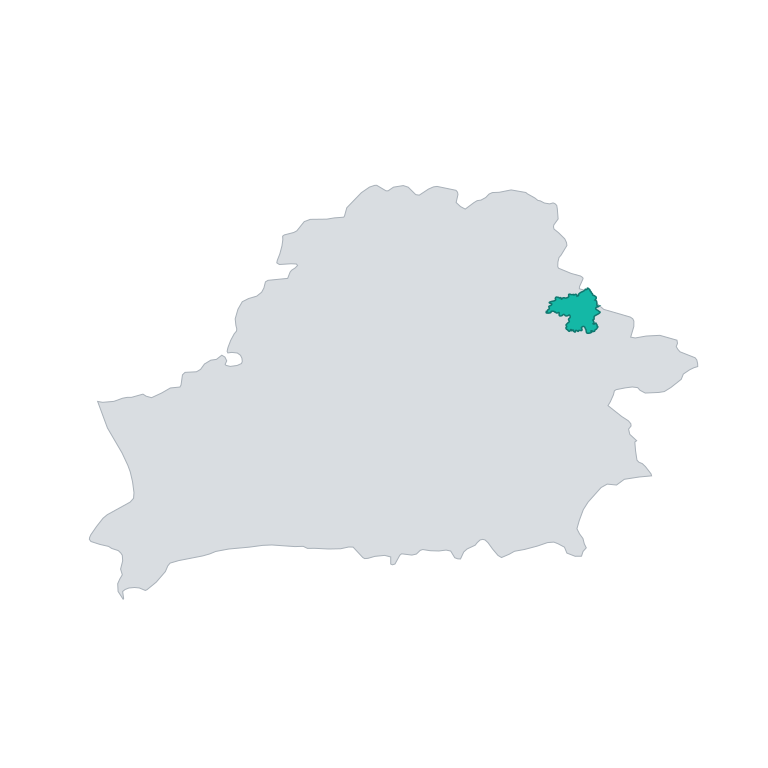 Horki, Mogilev, Belarus (highlighted), rotated 352°
{"feature_id": "67162791B10713618148259", "entity_name": "Horki", "entity_type": "district", "adm_level": 2, "iso_a3": "BLR", "parent_name": "Belarus", "parent_adm1": "Mogilev", "projection": "equal_earth", "projection_center": [30.973, 54.207], "detail": "fine", "context": "in_parent", "style": "filled", "palette": "teal", "viewbox_px": 768, "rotation_deg": 352, "n_neighbors": 0, "source": "geoboundaries", "source_scale": "gbopen_adm2", "svg_char_len": 8851}
<svg xmlns="http://www.w3.org/2000/svg" viewBox="0 0 768 768"><g transform="rotate(352 384 384)"><path d="M636.2,512.2L623.7,511.6L608.7,511.8L600.2,516.4L591.1,514.2L584.6,516.7L569.7,529.3L563.9,536.1L558.3,546.5L554.9,554.2L556.8,559.7L559.5,564.7L560.1,570.2L561.5,574.4L557.8,577.5L555.6,582.0L549.3,581.2L541.6,576.9L540.0,570.7L534.1,566.4L530.2,564.2L523.8,563.8L513.5,565.8L500.1,567.4L489.9,567.8L484.3,570.0L476.2,572.2L473.0,569.6L468.6,562.6L464.9,555.6L462.4,552.5L460.2,551.6L457.5,551.8L454.3,554.0L451.9,556.3L443.4,558.9L439.6,561.4L435.4,567.9L432.7,567.4L429.9,565.9L426.8,558.7L422.4,557.1L415.2,557.0L406.5,555.5L399.3,553.3L396.7,553.8L392.4,556.9L387.8,557.3L377.8,554.6L375.8,555.8L369.8,563.8L367.1,564.2L365.6,563.2L366.6,556.2L360.8,553.8L350.9,553.4L343.9,554.4L340.5,554.2L338.8,552.8L330.7,541.2L326.2,540.5L318.2,541.1L306.3,539.7L292.7,537.1L285.3,536.1L281.4,533.5L273.1,532.6L250.6,527.8L241.4,526.9L227.9,526.8L207.2,525.8L194.0,526.4L187.8,528.0L180.6,529.0L156.0,530.3L147.2,531.6L144.6,534.0L141.4,539.3L130.9,548.5L120.7,554.7L118.9,555.2L113.3,551.9L108.6,550.8L103.0,550.5L98.9,551.5L96.3,553.1L96.3,560.2L95.7,560.8L91.8,552.4L92.5,544.7L95.2,540.4L98.3,536.5L97.4,530.6L100.6,522.8L101.0,517.2L99.9,514.8L97.7,512.0L91.4,508.9L88.7,506.5L80.3,503.3L71.9,499.2L70.6,496.8L71.1,495.1L72.7,492.5L79.6,485.0L87.1,477.8L91.8,474.9L116.2,465.6L120.1,462.3L121.3,456.8L121.4,445.8L120.5,435.7L119.0,428.8L115.0,415.8L104.0,389.0L98.0,361.4L102.8,363.0L114.1,363.6L123.2,361.7L127.9,361.5L132.0,362.1L143.9,360.5L146.8,363.0L151.9,365.2L162.5,362.0L171.9,358.2L181.5,358.6L182.9,356.7L185.7,346.9L188.6,344.8L200.0,345.8L204.4,344.0L209.0,339.2L215.8,336.3L221.5,336.3L227.4,332.9L230.2,335.2L231.5,339.2L229.4,342.4L230.2,343.6L234.2,345.2L241.2,345.2L245.7,343.9L246.8,342.0L246.9,338.7L245.9,335.6L243.1,332.9L237.6,331.5L233.7,331.5L233.2,329.8L234.6,326.1L238.3,319.4L242.7,313.4L245.3,311.1L245.9,309.0L245.5,305.4L245.7,298.8L249.8,289.6L255.1,282.8L261.9,280.5L270.2,279.3L275.6,276.1L278.4,272.3L280.8,266.4L283.5,265.2L303.3,266.0L306.6,260.1L308.3,258.5L312.2,256.7L314.9,254.6L314.0,253.0L308.9,252.0L297.0,251.1L294.7,249.1L295.5,246.8L298.9,240.8L302.2,233.0L303.9,227.0L304.2,223.5L306.0,222.5L315.7,221.4L319.0,220.2L327.6,212.1L333.9,210.7L350.3,212.8L357.8,212.6L367.3,213.2L368.2,212.3L371.7,204.3L388.2,191.4L397.0,187.0L402.4,186.0L404.4,186.2L412.9,193.0L414.9,193.3L420.8,190.4L430.7,190.2L435.4,192.5L441.8,200.9L445.2,201.9L455.1,197.2L460.4,195.7L464.0,195.7L482.2,202.2L483.5,204.3L483.6,206.7L480.7,214.3L484.5,219.0L488.8,222.1L498.3,216.9L501.8,215.4L505.6,215.4L510.7,213.5L514.5,210.5L518.0,209.5L524.7,210.2L536.9,209.5L551.1,214.1L552.3,215.5L559.4,220.9L561.9,223.6L564.2,224.4L568.0,227.1L573.1,228.7L576.6,228.2L578.3,229.1L579.9,231.2L580.0,234.7L579.4,244.8L574.3,250.1L573.7,252.0L573.9,254.2L578.0,258.6L583.2,265.4L584.4,269.3L584.4,272.3L577.3,281.0L574.9,283.1L573.2,287.4L572.4,291.8L572.9,293.6L584.8,300.6L593.6,304.4L595.6,306.2L595.8,307.4L591.1,314.9L590.7,316.9L597.8,320.0L601.7,325.0L605.2,333.0L612.0,340.7L637.2,352.0L639.4,354.0L640.2,356.5L639.4,361.8L634.8,371.9L639.2,373.4L650.3,373.0L663.9,374.2L680.2,381.4L680.3,384.6L678.6,387.6L679.8,390.6L681.6,393.3L695.7,401.3L697.1,403.7L697.4,407.6L697.1,410.4L693.2,411.0L688.8,412.4L681.8,415.8L679.0,420.7L667.6,427.4L660.5,430.5L654.9,430.6L641.4,429.3L636.7,425.9L634.7,422.9L629.5,421.5L622.6,421.4L613.1,421.9L611.2,422.8L609.7,426.6L605.7,433.0L602.8,436.6L614.9,449.3L620.9,454.5L622.9,457.7L622.8,460.0L619.9,462.7L620.4,468.1L626.3,475.3L624.3,476.4L623.8,485.2L623.9,494.6L625.5,496.9L628.7,498.8L631.4,502.2L635.9,510.1L636.2,512.2Z" fill="#d9dde1" stroke="#a8b0b8" stroke-width="1"/><path d="M607.7,336.8L607.3,336.8L606.3,336.6L605.9,335.8L605.8,334.9L606.0,333.7L606.1,332.9L606.1,332.4L606.0,331.5L605.3,330.6L604.6,330.2L605.1,329.8L605.8,329.1L606.1,328.6L606.2,328.0L606.0,327.1L605.3,326.5L604.5,325.7L603.7,325.4L603.0,324.8L603.1,324.3L602.9,323.5L602.5,323.0L602.0,322.5L602.0,321.7L601.5,320.9L600.9,320.2L601.1,319.8L600.9,319.2L600.5,318.8L599.8,317.8L599.6,317.7L598.8,317.4L598.3,318.4L597.9,318.7L596.8,318.3L596.6,318.2L596.5,318.4L596.0,318.9L595.4,319.3L594.9,319.6L593.9,320.0L593.3,320.2L592.6,320.3L592.0,320.5L591.4,320.8L590.5,321.2L589.9,321.6L589.2,322.2L589.1,322.5L589.0,322.9L589.0,323.4L588.8,323.6L588.0,323.8L587.4,323.9L587.5,323.5L587.3,322.7L587.0,322.5L586.8,322.0L586.0,321.8L585.4,322.2L584.5,322.2L584.3,322.2L584.2,321.7L583.2,321.7L582.7,321.7L582.0,321.6L581.2,321.3L580.7,320.9L580.0,320.9L579.4,321.0L579.2,321.4L579.2,321.9L579.2,322.5L579.2,323.0L578.9,323.4L578.4,323.7L577.7,323.9L577.2,324.1L576.2,324.2L575.5,324.2L575.0,324.0L574.6,323.7L573.8,323.6L573.0,323.7L572.7,323.9L572.1,324.5L571.5,324.6L571.4,324.1L571.4,323.6L571.0,323.1L570.6,323.3L569.8,323.3L569.8,323.2L569.6,323.0L569.2,322.7L568.6,322.4L567.8,322.2L567.1,321.9L566.4,322.0L566.1,322.2L565.7,322.7L565.5,323.2L565.5,323.4L565.7,323.7L565.8,324.0L565.7,324.6L565.1,325.0L564.4,325.2L563.8,325.4L562.9,325.5L562.0,325.5L560.7,325.7L559.8,325.9L559.3,326.0L559.0,326.3L559.0,326.6L559.2,326.8L559.7,327.2L560.5,327.5L561.0,327.8L561.3,328.1L561.1,328.6L560.9,328.9L560.3,329.4L559.0,329.7L558.2,330.0L557.9,330.5L558.1,331.0L558.2,331.4L558.3,332.1L557.9,332.7L557.0,333.2L556.4,333.5L555.9,334.1L555.9,334.6L555.7,334.9L555.1,335.1L554.8,334.9L554.5,335.6L554.6,336.1L555.1,336.4L556.2,336.6L556.8,336.7L557.9,336.7L558.9,336.6L559.4,336.2L559.5,336.0L559.5,335.7L559.7,335.4L560.5,335.3L561.3,335.4L562.0,335.6L562.4,335.7L562.8,336.2L563.0,336.5L563.3,336.6L563.8,336.6L564.0,337.0L564.2,337.3L564.7,337.7L565.5,337.8L566.2,337.6L566.6,337.5L567.1,337.5L567.4,337.9L567.3,338.3L567.3,338.6L567.1,339.2L567.1,339.7L567.1,340.1L567.1,340.5L567.3,340.8L567.7,341.1L568.5,341.2L569.5,341.1L569.9,341.0L570.3,340.7L570.5,340.6L570.8,340.3L571.1,340.2L571.4,340.1L571.8,340.1L572.1,340.4L572.5,340.8L572.8,341.2L573.0,341.5L573.4,341.8L574.0,342.0L574.5,342.0L574.8,342.0L575.5,341.9L576.0,341.8L576.3,341.7L576.7,341.4L577.0,341.4L577.3,341.5L577.6,341.9L577.7,342.3L577.7,342.6L577.7,343.0L577.8,343.3L577.7,343.8L577.5,344.0L577.3,344.3L576.8,344.6L576.4,344.9L575.9,345.3L575.7,345.9L575.8,346.3L575.9,346.7L576.1,347.1L576.2,347.3L576.2,347.7L576.2,348.0L575.7,348.4L575.3,348.7L574.8,348.9L573.9,349.6L573.0,350.3L572.5,350.8L572.5,351.3L572.6,351.8L572.9,352.2L572.9,352.5L572.8,352.9L572.3,353.3L572.0,353.6L572.0,354.0L572.0,354.5L572.2,354.9L572.4,355.1L572.6,355.4L572.8,355.5L573.3,355.8L573.5,356.2L573.7,356.6L574.2,357.2L574.5,357.5L574.9,357.6L575.2,357.5L575.6,357.3L575.9,356.9L576.0,356.7L576.4,356.1L576.6,356.1L577.0,356.2L577.0,356.5L577.1,357.0L577.1,357.3L577.4,357.4L577.8,357.2L578.2,356.8L578.7,356.8L579.0,357.0L579.1,357.4L578.9,357.8L579.2,358.3L579.5,358.6L579.9,358.8L580.1,359.1L580.4,359.1L580.6,359.1L580.8,359.0L581.0,358.6L581.1,358.3L581.1,357.9L581.4,357.6L581.8,357.6L582.2,357.8L582.5,358.0L582.8,358.3L583.1,358.7L583.4,358.9L583.7,358.9L583.9,358.8L584.1,358.6L584.2,358.1L584.8,358.1L585.3,358.1L585.7,358.2L586.3,358.5L586.6,358.6L586.9,358.6L587.2,358.5L587.5,358.3L587.6,358.0L587.7,357.7L587.7,357.2L587.5,356.7L587.3,356.3L587.2,355.9L587.4,355.7L587.8,355.4L588.0,355.1L588.5,354.8L589.2,354.7L589.9,354.8L590.2,355.1L590.5,355.4L590.8,355.8L590.9,356.3L591.0,356.7L591.1,357.2L591.1,357.4L591.4,357.9L591.6,358.2L591.6,358.5L591.6,359.0L591.5,359.5L591.6,360.0L591.6,360.4L591.6,360.9L591.7,361.2L591.9,361.6L592.2,361.9L592.5,362.0L593.0,362.2L593.7,362.2L594.3,362.2L594.8,362.2L595.3,362.2L595.7,362.0L596.3,361.9L596.5,361.8L596.6,361.6L596.6,361.2L596.5,360.9L596.3,360.6L596.3,360.3L596.6,360.2L597.0,360.1L597.5,360.3L597.6,360.6L597.6,360.8L597.7,361.1L598.1,361.3L598.4,361.2L598.9,361.1L599.3,361.0L599.8,361.1L600.0,360.7L600.3,360.3L600.4,360.1L600.7,359.7L601.2,359.5L601.6,359.4L602.0,359.2L602.3,358.9L602.5,358.6L602.9,358.2L603.2,357.9L603.5,357.6L603.7,357.3L603.7,356.9L603.4,356.5L603.0,356.2L603.1,355.9L603.2,355.4L603.1,354.9L602.8,354.5L602.6,354.1L602.5,353.8L602.4,353.3L601.9,353.2L601.6,353.2L601.3,353.5L601.1,353.7L600.8,353.8L600.3,353.9L599.6,353.7L599.4,353.4L599.9,353.0L600.3,352.8L600.3,352.5L600.4,352.1L600.4,351.4L600.2,351.0L600.1,350.5L599.8,350.1L599.7,349.8L600.0,349.5L600.4,349.4L601.0,349.1L601.2,348.3L601.2,347.7L601.3,347.3L601.4,346.8L601.7,346.2L602.2,345.9L603.0,345.5L603.7,345.3L604.4,345.0L604.9,344.8L605.3,344.6L606.1,344.4L606.6,344.1L607.1,343.8L607.3,343.7L607.6,343.5L607.9,343.2L607.9,342.7L607.6,342.4L607.2,342.1L606.8,341.8L606.4,341.3L605.8,340.7L605.2,340.3L604.9,340.0L604.5,339.6L604.2,339.3L604.1,338.9L604.2,338.3L604.4,338.1L604.6,338.0L604.8,337.7L606.1,337.4L606.5,337.4L607.1,337.2L607.7,336.8Z" fill="#14b8a6" stroke="#0f766e" stroke-width="1.5"/></g></svg>